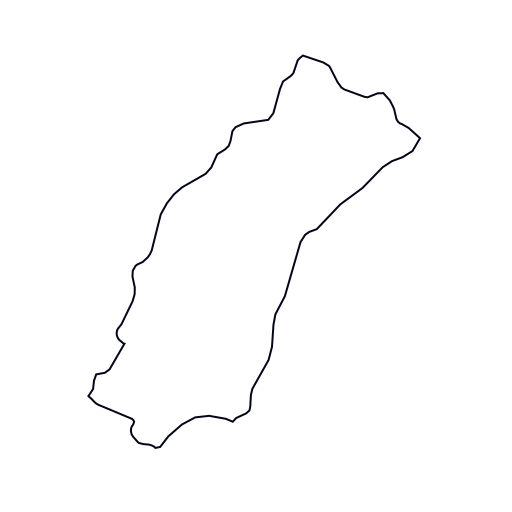 outline of Reggio Emilia, rotated 189°
{"feature_id": "ITA-5359", "entity_name": "Reggio Emilia", "entity_type": "Province", "adm_level": 1, "iso_a3": "ITA", "parent_name": "Italy", "parent_adm1": "", "projection": "orthographic", "projection_center": [10.582, 44.607], "detail": "fine", "context": "isolated", "style": "outline", "palette": "ink", "viewbox_px": 512, "rotation_deg": 189, "n_neighbors": 0, "source": "natural_earth", "source_scale": "10m", "svg_char_len": 1583}
<svg xmlns="http://www.w3.org/2000/svg" viewBox="0 0 512 512"><g transform="rotate(189 256 256)"><path d="M112.4,398.0L117.9,384.1L126.7,376.5L136.5,371.0L144.7,363.6L161.5,339.8L180.8,320.2L200.2,292.0L207.1,288.2L210.8,284.6L214.2,276.8L221.2,220.8L227.7,201.5L228.0,190.9L226.0,168.8L227.3,155.3L238.8,124.3L239.3,118.0L238.1,106.3L238.3,102.4L241.1,99.0L250.2,92.9L253.0,88.7L253.8,88.9L260.5,90.5L277.3,90.8L290.8,87.1L302.8,78.0L314.4,64.1L320.8,52.4L325.4,50.7L326.7,51.7L328.9,52.5L332.0,53.0L337.7,52.6L342.4,53.0L343.6,53.7L348.9,58.1L350.0,59.3L351.1,60.7L351.8,62.5L352.3,64.3L352.4,66.3L352.0,68.1L351.2,69.8L350.7,71.5L350.5,73.3L351.4,74.6L352.8,75.7L388.9,84.5L391.3,85.6L394.3,87.7L395.6,88.8L399.6,91.4L396.1,99.1L396.5,107.5L395.3,114.1L387.0,117.0L382.9,121.1L372.2,148.8L373.2,148.9L378.2,151.9L379.7,153.5L380.9,155.6L381.6,157.9L381.6,160.7L381.0,162.6L378.2,167.6L370.8,192.0L369.9,199.4L370.8,205.9L374.8,216.4L375.4,222.1L373.4,227.5L371.9,229.0L366.9,232.4L362.6,237.9L361.0,241.3L359.9,245.1L356.6,282.2L352.2,294.2L346.6,304.2L339.6,312.4L318.6,329.3L314.0,336.5L310.2,350.4L303.2,356.5L300.2,360.4L299.2,365.4L298.8,375.7L296.4,380.0L288.8,385.0L265.2,392.4L261.2,399.7L258.4,424.8L256.6,432.6L249.9,439.2L247.7,442.4L245.4,455.9L243.6,458.5L241.0,461.3L219.9,457.7L213.7,455.2L212.5,454.0L202.6,440.4L198.0,435.8L194.8,434.3L173.8,430.2L170.6,430.2L161.3,435.7L157.5,436.4L155.7,436.8L148.1,430.6L143.7,424.5L142.5,422.5L138.6,413.0L136.7,410.8L134.6,409.5L132.5,409.1L125.2,406.3L112.4,398.0Z" fill="none" stroke="#020617" stroke-width="2"/></g></svg>